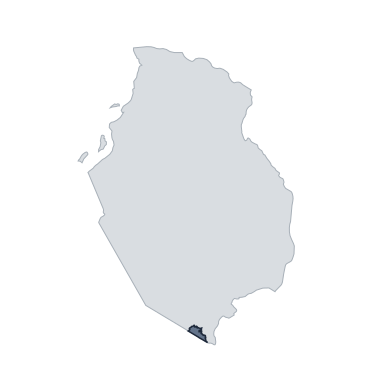 location of Missenyi, Kagera, United Republic of Tanzania, rotated 211°
{"feature_id": "72390352B46245922571369", "entity_name": "Missenyi", "entity_type": "district", "adm_level": 2, "iso_a3": "TZA", "parent_name": "United Republic of Tanzania", "parent_adm1": "Kagera", "projection": "orthographic", "projection_center": [31.423, -1.204], "detail": "fine", "context": "in_parent", "style": "filled", "palette": "slate", "viewbox_px": 384, "rotation_deg": 211, "n_neighbors": 0, "source": "geoboundaries", "source_scale": "gbopen_adm2", "svg_char_len": 6376}
<svg xmlns="http://www.w3.org/2000/svg" viewBox="0 0 384 384"><g transform="rotate(211 192 192)"><path d="M148.7,261.3L145.1,259.4L141.8,258.2L139.1,256.9L137.9,255.7L135.3,255.2L133.1,255.0L131.1,253.8L126.9,253.4L126.4,252.6L126.3,250.8L125.6,250.4L124.1,249.9L122.4,250.0L121.4,250.2L120.8,250.1L119.5,249.1L118.2,247.8L117.7,245.7L115.8,244.3L113.6,243.3L107.4,243.4L106.4,243.1L105.0,242.0L103.3,240.3L101.9,238.3L100.7,235.6L99.4,232.0L92.3,217.4L91.6,214.7L90.2,211.6L87.9,207.9L85.5,205.1L82.2,202.6L78.5,200.1L76.5,198.4L72.7,191.5L71.9,188.3L71.3,185.0L71.5,183.6L73.9,179.4L74.2,178.1L73.9,176.5L72.7,173.1L71.2,168.9L68.1,161.4L67.7,159.5L67.7,158.1L69.5,150.4L69.5,149.3L76.6,149.4L81.8,146.1L86.3,141.0L87.2,138.9L89.0,135.7L90.8,134.1L91.5,133.0L92.6,129.8L94.9,127.6L97.3,125.9L96.8,124.7L97.1,124.3L98.4,123.4L100.8,122.6L101.3,120.9L101.3,119.0L100.9,118.0L101.0,116.7L100.6,116.0L99.0,115.9L96.6,114.9L94.6,114.5L93.2,114.0L92.7,113.5L92.5,112.4L93.6,109.4L92.5,108.2L95.0,103.4L95.5,102.8L96.4,102.7L97.8,102.2L99.1,101.9L100.2,102.1L101.0,101.9L101.7,101.4L102.3,99.7L102.8,96.9L102.5,94.7L101.5,92.9L101.2,90.3L101.7,86.7L101.3,83.7L100.2,81.4L99.0,80.0L97.2,79.3L94.4,75.7L93.6,73.9L93.7,72.8L94.7,72.4L96.5,72.5L98.2,72.1L99.7,71.1L101.3,70.8L102.1,71.0L173.2,71.0L256.0,117.6L256.4,118.1L257.0,122.1L256.9,123.5L255.6,125.8L255.2,127.0L255.2,127.8L255.5,128.2L256.6,128.3L257.5,128.8L257.8,129.3L258.5,131.0L259.4,131.9L290.5,154.7L291.2,155.0L290.8,156.9L288.9,161.6L288.8,163.5L288.1,165.8L287.4,167.2L285.5,173.7L284.0,176.2L281.9,181.9L281.5,186.2L282.6,189.3L283.0,192.1L285.3,194.9L287.2,196.0L288.5,197.2L290.8,200.2L292.0,203.1L296.1,204.6L297.7,207.8L297.1,210.1L295.1,212.0L293.3,215.0L291.8,219.0L291.6,225.1L292.6,224.2L294.8,225.6L295.0,230.1L292.6,235.3L291.9,237.8L291.7,239.9L293.2,246.1L295.6,249.3L295.4,250.3L294.8,251.1L298.9,256.8L298.4,261.6L299.9,265.4L300.5,268.7L301.5,271.2L301.6,273.0L300.3,274.9L303.3,275.4L305.1,277.0L305.9,278.5L308.1,278.4L309.3,279.5L311.0,280.3L314.7,282.9L315.7,284.2L316.3,285.4L305.6,293.3L301.8,295.4L299.0,296.3L296.1,296.8L293.3,298.1L290.7,300.0L287.3,301.0L283.3,301.0L279.0,302.4L272.2,306.5L268.4,304.2L265.3,303.5L261.8,303.5L259.6,303.8L258.8,304.3L258.1,305.7L257.5,308.0L255.2,310.2L251.1,312.3L247.3,313.1L243.9,312.5L241.6,311.6L240.4,310.4L238.7,309.8L236.3,309.9L234.0,310.8L231.8,312.5L228.4,313.2L223.7,312.9L221.2,312.1L220.8,310.8L218.8,309.1L215.0,307.3L212.2,307.2L210.4,309.0L208.8,310.1L207.3,310.6L205.9,310.6L204.0,310.1L198.8,310.0L193.8,310.0L193.4,307.5L192.4,305.9L191.5,305.0L189.8,304.7L189.3,304.0L188.8,302.4L187.9,301.1L186.8,299.9L186.2,298.9L185.9,297.9L186.1,296.9L187.2,294.2L187.5,292.4L187.5,290.6L186.9,288.7L185.7,286.4L185.9,285.8L185.5,284.3L185.5,283.2L185.7,281.8L185.5,280.1L184.5,276.3L184.5,275.3L183.5,273.5L180.2,269.2L180.1,268.6L174.9,264.3L172.8,263.3L172.1,264.1L171.8,264.9L172.0,266.3L171.9,267.0L171.6,267.3L170.4,267.2L169.6,267.1L167.7,265.9L166.1,265.6L162.3,265.8L161.0,266.1L159.9,265.8L157.9,263.8L155.6,263.4L153.4,263.3L150.0,261.0L148.7,261.3ZM296.9,188.6L298.6,193.5L298.3,194.4L297.1,194.9L296.5,194.9L295.7,194.2L295.2,192.5L294.3,192.9L292.8,191.0L291.2,190.9L289.9,188.6L290.5,186.5L290.2,183.1L291.9,181.3L292.9,178.4L293.9,180.4L294.1,183.6L295.5,187.3L296.9,188.6ZM305.6,159.9L305.7,161.1L305.3,162.1L305.4,165.6L305.2,167.8L303.9,171.0L302.8,172.1L301.9,171.8L301.1,171.3L300.6,170.4L301.8,164.6L301.3,160.4L303.7,160.8L305.6,159.9ZM301.0,229.4L299.8,229.7L299.3,229.4L298.6,228.4L299.9,227.6L301.2,226.1L304.1,223.8L305.5,222.0L305.3,223.8L303.6,227.7L302.2,227.9L301.0,229.4Z" fill="#d9dde1" stroke="#a8b0b8" stroke-width="1"/><path d="M123.1,72.7L123.3,72.4L123.1,72.1L123.1,71.7L123.3,71.4L123.4,71.2L123.6,70.9L122.7,70.9L121.7,70.9L120.3,70.9L119.6,70.9L118.6,70.9L117.7,70.9L117.0,70.9L116.8,70.9L116.6,70.9L116.2,70.9L115.7,70.9L114.3,70.9L113.8,70.9L113.4,70.9L113.0,70.9L111.9,70.9L111.3,70.8L109.3,70.8L109.1,70.9L108.6,70.8L107.8,70.9L107.4,70.9L106.9,70.9L106.0,70.9L105.3,70.9L104.6,70.9L104.2,70.9L103.3,70.9L103.1,70.9L101.8,70.9L101.6,70.9L101.1,70.9L101.9,71.1L102.1,71.2L102.2,71.3L102.3,71.4L102.6,71.4L102.8,71.4L103.0,71.5L103.4,71.5L103.6,71.7L103.8,71.8L103.9,72.0L104.0,72.1L104.2,72.3L104.3,72.5L104.5,72.9L104.5,73.0L104.9,73.1L105.0,73.2L105.2,73.3L105.3,73.4L105.3,73.5L105.5,73.7L105.5,73.8L105.6,74.0L105.7,74.3L105.8,74.5L106.0,74.9L105.9,74.9L106.0,75.0L106.2,75.3L106.3,75.4L106.4,75.5L106.5,75.7L106.8,75.8L107.0,75.8L107.3,75.8L107.5,75.7L107.3,75.6L107.5,75.5L107.6,75.4L107.8,75.2L108.0,75.2L108.4,75.2L108.5,75.1L108.6,75.3L108.9,75.3L109.0,75.3L109.3,75.4L109.6,75.4L109.6,75.2L109.8,75.2L109.9,75.4L110.0,75.4L110.2,75.5L110.3,75.5L110.5,75.7L110.6,75.8L110.8,75.7L110.8,75.8L110.9,76.0L111.0,76.0L111.3,76.1L111.5,76.0L111.5,76.3L111.8,76.4L111.9,76.5L112.0,76.7L112.0,76.8L112.1,76.7L112.3,76.6L112.2,76.7L112.2,76.8L112.3,76.9L112.5,77.0L112.6,76.9L112.5,76.7L112.8,76.6L113.0,76.5L113.3,76.5L113.4,76.4L113.4,76.5L113.5,76.5L113.7,76.8L113.8,77.0L113.8,76.9L113.8,76.7L114.0,76.5L114.2,76.4L114.4,76.4L114.5,76.4L114.5,76.5L114.4,76.7L114.3,76.8L114.2,76.9L114.1,77.0L113.9,77.2L113.9,77.3L113.8,77.5L113.7,77.6L113.4,77.8L113.2,78.0L112.9,78.2L112.8,78.3L112.7,78.4L112.7,78.5L112.8,78.7L113.0,78.7L113.0,78.8L113.3,78.9L113.5,78.9L113.6,79.0L113.6,79.3L113.7,79.5L113.6,79.9L113.6,80.4L113.8,80.3L113.9,80.1L114.0,80.0L114.0,79.9L114.3,79.7L114.3,79.4L114.5,79.3L114.6,79.2L115.1,78.9L115.4,78.8L115.5,78.9L115.9,79.1L116.1,79.0L116.3,79.0L116.5,79.0L116.8,78.9L117.0,78.9L117.1,78.6L117.2,78.4L117.3,78.4L117.5,78.3L117.8,78.2L117.9,78.3L117.9,78.5L117.9,78.8L117.9,79.0L118.0,79.1L118.5,79.2L118.7,79.3L118.8,79.3L118.8,79.2L119.0,79.0L119.1,78.8L119.1,78.6L119.3,78.5L119.3,78.3L119.4,78.2L119.5,78.1L119.8,78.0L120.0,77.9L120.3,77.7L120.4,77.8L120.5,77.8L120.7,78.0L120.8,78.1L120.9,78.3L121.0,78.6L120.9,78.7L121.0,78.8L121.5,78.9L121.7,78.7L121.7,78.1L121.8,78.0L122.0,77.6L122.2,77.3L122.2,77.2L122.5,77.0L122.6,76.9L122.8,76.8L122.9,76.7L123.0,76.6L122.9,76.5L122.9,76.4L123.0,76.2L123.1,75.8L123.1,75.6L123.3,75.5L123.4,75.4L123.5,75.2L123.6,74.9L123.7,74.7L123.8,74.5L123.9,74.4L124.0,74.2L124.0,73.8L123.9,73.8L123.9,73.7L123.7,73.6L123.5,73.4L123.4,73.4L123.3,73.2L123.2,73.1L123.0,72.9L123.1,72.7Z" fill="#64748b" stroke="#1e293b" stroke-width="1.5"/></g></svg>